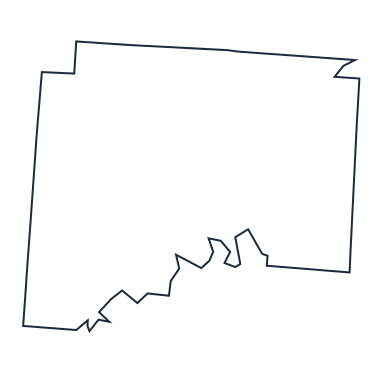 Marion, Arkansas, United States of America, rotated 93°
{"feature_id": "52423323B60870654888201", "entity_name": "Marion", "entity_type": "district", "adm_level": 2, "iso_a3": "USA", "parent_name": "United States of America", "parent_adm1": "Arkansas", "projection": "natural_earth1", "projection_center": [-92.599, 36.281], "detail": "fine", "context": "isolated", "style": "outline", "palette": "slate", "viewbox_px": 384, "rotation_deg": 93, "n_neighbors": 0, "source": "geoboundaries", "source_scale": "gbopen_adm2", "svg_char_len": 734}
<svg xmlns="http://www.w3.org/2000/svg" viewBox="0 0 384 384"><g transform="rotate(93 192 192)"><path d="M334.6,353.6L335.9,300.3L325.6,289.4L331.4,289.3L336.3,287.1L324.4,278.7L325.9,267.9L316.8,278.5L303.2,267.2L294.0,256.6L305.8,240.7L295.6,231.1L296.8,209.6L282.1,208.6L269.2,200.8L255.5,204.6L267.5,178.7L259.6,171.0L250.7,167.7L237.4,173.0L239.2,160.8L249.8,150.8L261.2,155.8L264.7,144.9L261.4,140.0L234.8,146.4L226.3,134.0L250.1,118.7L251.8,113.2L261.7,113.5L264.1,30.4L243.1,30.6L118.7,31.0L79.1,30.8L69.9,30.8L69.5,55.6L58.1,47.4L51.7,36.2L49.4,153.0L48.5,164.0L48.5,261.9L47.7,315.5L79.9,315.8L80.1,348.2L143.2,350.1L232.8,351.7L284.0,352.8L295.5,352.9L334.6,353.6Z" fill="none" stroke="#1e293b" stroke-width="2"/></g></svg>